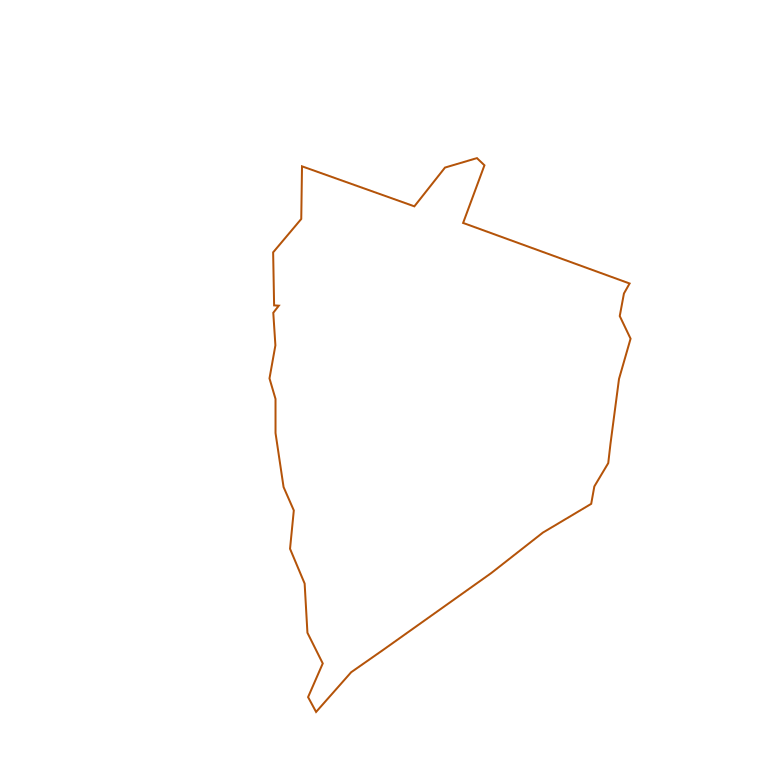 the district of Bamberg, South Carolina, United States of America, rotated 232°
{"feature_id": "52423323B84288855823535", "entity_name": "Bamberg", "entity_type": "district", "adm_level": 2, "iso_a3": "USA", "parent_name": "United States of America", "parent_adm1": "South Carolina", "projection": "albers", "projection_center": [-81.054, 33.233], "detail": "fine", "context": "isolated", "style": "outline", "palette": "amber", "viewbox_px": 768, "rotation_deg": 232, "n_neighbors": 0, "source": "geoboundaries", "source_scale": "gbopen_adm2", "svg_char_len": 610}
<svg xmlns="http://www.w3.org/2000/svg" viewBox="0 0 768 768"><g transform="rotate(232 384 384)"><path d="M167.4,128.6L177.1,180.7L175.0,219.7L169.0,352.0L169.1,417.7L162.0,473.5L173.8,486.7L183.6,512.0L197.4,525.6L243.3,572.3L267.9,606.2L292.4,611.6L307.6,628.8L312.0,639.4L462.2,545.5L494.5,597.8L504.8,596.3L517.0,565.3L505.3,517.3L606.0,453.4L565.0,420.4L556.0,377.7L513.6,345.8L510.5,349.3L508.3,340.6L481.3,322.2L458.9,297.2L439.0,289.3L412.1,268.3L364.6,241.4L339.9,235.1L312.0,208.5L275.6,198.6L235.1,170.5L201.5,163.7L184.0,131.4L167.4,128.6Z" fill="none" stroke="#b45309" stroke-width="2"/></g></svg>